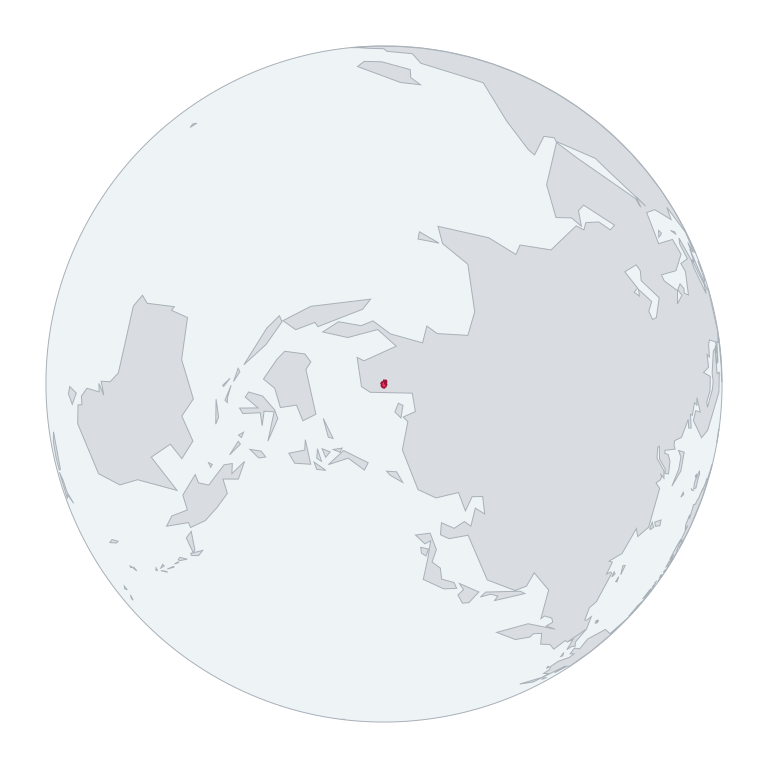 the Earth from above Attapu, rotated 119°
{"feature_id": "LAO-3294", "entity_name": "Attapu", "entity_type": "Province", "adm_level": 1, "iso_a3": "LAO", "parent_name": "Laos", "parent_adm1": "", "projection": "orthographic", "projection_center": [106.906, 14.792], "detail": "fine", "context": "on_globe", "style": "filled", "palette": "rose", "viewbox_px": 768, "rotation_deg": 119, "n_neighbors": 0, "source": "natural_earth", "source_scale": "10m", "svg_char_len": 11527}
<svg xmlns="http://www.w3.org/2000/svg" viewBox="0 0 768 768"><g transform="rotate(119 384 384)"><circle cx="384" cy="384" r="338" fill="#eef3f6" stroke="#a8b0b8"/><path d="M694.7,498.5L694.1,500.7L693.9,501.1L694.7,498.5ZM540.8,84.7L542.1,87.0L553.8,94.8L542.5,88.5L572.4,109.2L580.6,119.8L564.4,103.9L557.5,99.5L559.7,104.0L553.0,100.6L550.2,101.3L542.1,97.2L533.3,89.4L527.8,86.9L529.7,90.4L522.7,89.4L520.8,84.4L508.4,82.3L491.3,71.3L492.8,65.3L476.5,59.5L469.2,57.0L493.7,64.4L517.6,73.6L540.8,84.7ZM697.6,258.2L697.7,258.3L697.4,257.6L697.6,258.2ZM697.6,258.3L697.4,257.6L697.5,258.0L697.6,258.3ZM696.9,257.2L696.7,256.7L696.2,255.3L696.9,257.2ZM563.8,101.8L561.8,99.4L566.0,103.0L563.8,101.8ZM551.3,102.1L554.0,104.1L551.4,103.7L551.3,102.1ZM536.6,97.3L531.6,96.6L535.1,95.9L536.6,97.3ZM527.7,95.3L515.8,94.7L520.7,98.5L500.1,88.1L517.0,91.5L520.6,89.7L522.6,92.7L527.7,95.3ZM464.7,55.9L464.8,55.9L463.1,55.5L464.7,55.9ZM457.4,54.1L461.3,55.2L449.0,52.7L443.3,51.4L444.7,51.6L457.4,54.1ZM443.2,51.3L439.1,50.6L438.9,50.6L443.2,51.3ZM490.5,82.9L486.4,81.9L489.1,81.5L490.5,82.9ZM468.7,57.1L467.8,57.3L457.6,55.1L455.9,55.0L448.8,52.7L468.7,57.1ZM437.5,50.3L434.2,49.9L437.5,50.3ZM416.3,47.6L418.2,47.8L419.4,48.0L415.0,47.6L416.3,47.6ZM442.2,51.6L438.1,50.9L444.5,52.4L437.2,51.4L433.8,50.2L432.2,50.3L429.9,50.1L429.7,49.5L442.2,51.6ZM399.9,46.5L413.3,47.4L414.1,47.9L407.3,46.9L395.7,46.3L394.6,46.2L399.9,46.5ZM423.3,48.8L417.3,48.1L418.7,48.0L423.6,48.5L423.3,48.8ZM433.4,51.4L445.6,53.2L445.9,53.5L433.4,51.4ZM410.5,47.6L412.2,47.9L409.5,47.6L410.5,47.6ZM426.1,50.0L430.3,50.5L430.6,50.8L426.1,50.0ZM412.1,48.4L409.9,47.9L413.2,48.0L412.1,48.4ZM418.3,49.1L417.6,49.4L415.7,48.4L420.1,49.3L418.3,49.1ZM425.6,50.2L427.1,50.6L423.8,50.0L425.6,50.2ZM401.0,48.7L397.8,47.3L405.0,47.4L407.1,48.6L401.0,48.7ZM118.5,174.9L117.6,177.0L115.2,180.9L105.0,194.1L92.4,222.2L101.0,212.7L100.3,231.8L106.7,237.4L128.1,211.8L117.7,201.8L126.5,187.1L143.4,183.6L154.1,194.3L157.9,189.0L160.1,172.5L171.7,166.2L161.9,166.4L159.1,172.8L152.9,173.6L155.1,167.9L159.1,165.5L158.5,160.9L139.6,174.8L134.7,182.8L127.4,179.4L118.5,192.9L113.3,196.8L126.3,175.8L132.0,169.5L148.7,146.1L142.0,152.0L125.9,175.1L126.8,172.0L117.7,182.0L125.4,172.1L144.8,146.9L144.3,145.8L143.3,146.8L177.1,116.9L175.3,118.4L185.7,111.8L185.5,113.4L202.5,102.8L204.7,102.7L194.0,108.7L186.5,114.4L187.6,120.7L191.7,119.5L202.6,112.5L201.5,115.8L212.0,108.3L219.0,110.1L219.2,102.3L232.1,95.5L243.3,93.0L247.6,89.8L229.3,94.2L221.9,97.5L215.5,102.2L195.6,111.9L192.4,111.8L213.5,97.6L211.3,96.4L228.6,87.2L267.5,78.5L277.1,80.2L265.8,95.8L256.1,98.4L255.3,93.7L244.1,103.8L250.8,100.1L249.9,103.4L261.9,99.1L261.9,101.3L273.6,94.0L274.8,96.2L267.4,100.8L286.4,97.9L292.6,102.3L296.9,100.7L299.8,97.8L305.7,106.1L308.6,104.7L307.8,101.3L313.1,96.4L324.7,91.6L326.1,94.7L322.1,96.8L315.8,106.8L304.9,113.0L306.7,113.9L316.5,109.3L324.2,97.1L330.8,93.4L328.5,98.8L329.9,96.5L333.6,95.7L338.6,98.1L341.7,92.3L380.8,83.1L394.4,88.1L388.0,93.2L416.8,93.6L429.9,101.3L429.1,97.9L442.4,97.2L438.5,94.6L439.1,93.0L471.4,92.7L480.1,95.9L493.1,94.0L492.7,92.5L487.0,89.9L500.1,88.1L520.7,98.5L520.6,101.2L533.6,106.9L531.4,112.6L535.6,120.8L525.7,125.2L529.9,132.2L534.6,133.7L543.8,145.2L546.6,165.0L523.8,141.7L515.5,115.4L517.1,124.9L510.6,121.0L507.4,123.7L509.1,131.2L513.1,133.0L484.4,140.1L476.3,161.1L491.7,161.4L501.1,169.3L505.3,198.7L475.5,237.1L487.8,252.2L488.4,261.6L477.5,266.5L476.2,252.7L465.3,247.0L466.3,239.1L448.3,243.9L448.9,232.9L434.6,243.1L439.8,252.3L455.5,251.3L442.8,266.2L458.4,283.3L459.9,303.0L432.7,336.0L405.3,344.9L403.6,351.2L392.9,343.2L378.3,354.8L397.9,392.0L397.2,402.4L373.8,420.4L373.4,412.7L345.0,391.6L339.4,415.9L360.9,438.2L368.2,462.8L351.6,454.0L344.1,432.3L334.1,424.2L337.1,402.9L329.3,370.2L312.5,374.6L314.1,361.9L300.8,334.2L276.8,339.7L238.6,368.7L232.8,400.8L219.9,413.2L205.3,363.3L206.8,331.4L196.5,332.4L185.7,302.9L152.5,292.6L152.3,283.9L145.0,285.7L138.1,274.6L139.5,260.8L133.3,259.3L130.8,296.1L138.0,298.0L150.3,287.9L147.8,300.4L155.0,314.3L130.9,338.4L89.1,350.2L92.6,325.6L100.0,253.5L104.0,247.1L104.3,246.3L104.9,244.9L97.8,254.7L101.6,241.4L89.5,288.9L84.2,308.4L88.4,351.4L86.1,354.3L89.8,364.2L110.7,363.4L109.1,371.3L94.6,404.1L72.4,443.3L79.7,478.9L85.6,507.2L81.4,519.5L91.6,542.6L90.9,546.8L97.4,559.3L102.4,569.8L105.7,575.7L92.9,555.6L81.5,534.6L71.6,512.9L63.3,490.5L56.6,467.7L51.5,444.4L48.1,420.8L46.3,397.0L46.3,373.2L47.9,349.4L51.1,325.8L56.1,302.4L62.6,279.5L70.8,257.1L80.5,235.3L91.8,214.3L104.5,194.1L118.5,174.9ZM157.6,221.3L169.1,227.8L177.3,208.5L182.4,209.8L183.3,203.2L177.9,207.2L182.1,189.9L191.9,187.7L197.4,180.4L193.8,178.0L175.2,185.1L168.9,209.2L160.6,214.8L157.6,221.3ZM195.0,103.9L197.1,102.5L218.0,89.7L218.6,89.7L214.7,91.7L213.1,93.0L206.3,96.7L186.6,110.2L180.3,114.7L182.0,113.1L195.0,103.9ZM274.0,64.5L268.8,66.5L261.6,69.2L261.4,69.1L274.0,64.5ZM359.6,47.0L362.8,46.8L377.5,46.2L381.8,46.3L375.9,46.4L384.2,46.5L376.0,47.1L378.9,47.4L373.6,48.8L360.6,49.7L364.8,50.1L361.0,51.8L350.2,53.2L353.8,51.5L339.3,54.7L337.9,53.2L336.3,53.7L331.1,53.5L322.0,54.4L322.9,53.7L318.9,54.4L315.4,54.7L310.3,55.7L310.2,55.0L303.9,56.3L307.4,55.3L296.6,57.9L304.6,55.7L300.8,56.5L295.1,58.2L297.7,57.3L328.4,50.7L359.6,47.0ZM399.1,49.0L383.8,49.4L375.5,49.1L388.2,47.0L386.7,46.7L394.5,46.3L406.3,47.0L403.0,46.9L402.5,47.1L399.0,46.8L401.5,47.2L397.0,47.3L397.7,47.8L392.5,47.7L399.1,49.0ZM118.9,177.2L118.2,178.9L118.6,180.2L112.9,186.9L118.9,177.2ZM131.7,160.0L132.1,160.1L124.1,169.2L124.9,167.8L131.7,160.0ZM139.0,152.9L132.7,159.4L136.5,155.0L139.0,152.9ZM195.0,108.8L196.2,109.0L193.7,110.8L189.9,112.8L195.0,108.8ZM306.9,66.0L310.3,64.1L312.3,64.0L323.7,60.8L325.6,62.2L319.5,64.7L306.9,66.0ZM122.4,214.8L116.6,218.3L117.4,214.8L119.2,214.2L122.4,214.8ZM111.5,201.6L110.8,207.9L110.0,203.4L111.5,201.6ZM310.9,66.9L315.4,65.3L313.6,67.1L310.9,66.9ZM327.6,63.2L326.6,64.9L327.2,62.0L327.6,63.2ZM246.6,674.1L253.6,678.0L249.2,677.3L246.6,674.1ZM112.3,515.8L119.2,561.1L111.4,557.7L103.3,542.2L96.3,513.5L103.1,509.1L104.6,497.2L112.3,515.8ZM453.6,521.4L463.8,523.1L463.4,524.5L453.6,521.4ZM443.1,516.0L454.7,516.8L441.0,519.2L443.1,516.0ZM459.2,517.1L471.1,514.5L476.2,512.1L475.3,515.2L459.2,517.1ZM435.1,515.9L392.0,513.6L375.0,508.6L379.0,503.4L406.6,506.3L435.1,515.9ZM377.6,503.1L351.6,485.7L316.3,436.9L328.9,438.9L365.9,469.6L363.6,474.2L379.3,487.6L377.6,503.1ZM440.7,477.5L438.1,491.8L414.3,489.6L403.5,486.7L396.1,467.8L400.2,458.7L409.1,459.4L443.5,428.9L455.5,437.1L444.9,450.3L454.8,463.2L440.7,477.5ZM234.1,404.2L240.7,424.6L233.7,426.8L234.1,404.2ZM457.5,406.9L443.6,420.4L456.3,402.1L457.5,406.9ZM465.0,389.4L465.9,396.6L460.3,389.5L465.0,389.4ZM403.2,360.9L393.8,362.1L393.6,357.0L405.5,352.7L403.2,360.9ZM461.0,319.9L460.8,334.5L459.0,339.4L454.7,330.4L461.0,319.9ZM333.7,82.7L315.6,84.9L303.9,88.9L299.3,94.2L298.1,88.4L316.1,82.2L333.7,82.7ZM374.8,82.4L378.8,78.8L382.2,80.5L381.8,81.5L374.8,82.4ZM373.5,80.2L368.6,75.8L374.2,74.0L377.0,77.7L373.5,80.2ZM339.1,69.5L333.6,69.9L335.2,68.3L339.1,69.5ZM615.7,625.5L616.6,626.4L606.9,635.5L594.8,645.2L586.0,649.9L615.7,625.5ZM538.6,657.6L541.1,648.7L552.9,646.8L545.6,655.2L538.6,657.6ZM623.8,618.0L632.6,608.3L638.8,597.6L634.3,606.8L637.7,605.3L618.5,625.1L623.8,618.0ZM503.1,621.7L437.3,641.0L423.5,638.3L428.2,630.2L418.0,604.8L422.6,605.5L421.1,588.1L460.7,572.9L489.5,543.5L510.1,545.3L526.5,523.5L547.3,524.6L540.2,541.7L560.8,552.1L577.4,513.4L587.2,553.1L600.3,566.1L600.8,590.2L567.3,632.6L550.6,641.5L548.6,638.2L541.4,642.7L531.8,641.8L528.9,629.3L521.6,633.7L529.7,623.6L518.7,632.7L514.8,624.6L503.1,621.7ZM650.5,540.3L652.8,540.9L655.6,546.9L651.9,546.5L650.5,540.3ZM688.5,508.7L688.8,511.6L686.6,513.2L688.5,508.7ZM693.9,501.1L691.4,503.5L694.7,498.5L693.9,501.1ZM666.3,514.6L667.3,516.8L666.2,517.9L666.3,514.6ZM665.5,513.9L667.3,509.6L666.7,513.7L665.5,513.9ZM655.2,494.2L656.9,491.8L657.5,493.4L655.2,494.2ZM478.7,523.5L493.1,512.6L500.7,511.7L478.7,523.5ZM653.2,490.0L649.1,490.2L649.7,488.0L653.2,490.0ZM653.7,484.9L653.4,481.8L655.5,488.7L653.7,484.9ZM646.1,478.9L650.9,483.8L645.5,479.7L646.1,478.9ZM643.1,480.1L639.5,478.0L639.8,477.1L643.1,480.1ZM600.0,487.8L613.8,505.2L602.3,505.6L589.5,494.9L578.7,506.1L554.7,505.2L560.4,498.4L557.4,488.3L532.2,484.7L527.1,478.1L536.2,473.6L519.3,468.4L537.8,465.3L545.2,478.8L555.6,468.0L573.2,470.2L590.1,474.1L603.3,483.6L600.0,487.8ZM537.6,495.2L540.8,495.2L537.9,499.3L537.6,495.2ZM632.6,471.2L637.8,477.3L637.1,479.0L634.5,478.3L632.6,471.2ZM606.4,481.1L620.8,469.0L624.1,468.9L614.5,482.3L606.4,481.1ZM617.4,461.9L624.0,463.0L627.3,469.1L625.9,471.0L617.4,461.9ZM499.9,482.7L499.2,486.5L494.3,483.5L499.9,482.7ZM506.2,480.5L520.8,484.7L504.8,483.7L506.2,480.5ZM461.6,466.6L465.9,475.7L479.6,470.3L469.1,478.3L478.3,493.2L475.1,498.7L466.0,482.6L462.7,499.0L456.6,498.5L453.4,484.3L459.6,467.2L465.6,460.2L490.3,457.8L461.6,466.6ZM506.2,469.6L502.3,459.0L505.2,452.1L509.4,457.6L506.2,469.6ZM490.7,433.7L480.2,421.3L470.9,425.8L489.7,409.2L496.6,423.7L490.7,433.7ZM481.6,406.8L472.9,410.8L481.9,401.2L481.6,406.8ZM470.6,406.7L469.5,398.2L476.4,399.5L470.6,406.7ZM486.2,407.3L487.7,393.0L491.3,401.5L486.2,407.3ZM466.2,379.3L481.4,393.5L461.8,387.1L460.5,359.7L468.8,359.4L466.2,379.3ZM509.1,272.7L506.8,265.2L514.1,263.8L513.7,269.2L509.1,272.7ZM535.9,254.9L515.3,261.1L498.5,267.2L504.0,270.8L500.8,283.2L492.1,271.3L503.5,257.9L516.4,255.7L517.7,245.5L526.7,239.0L523.7,226.5L527.5,221.4L534.2,232.4L535.9,254.9ZM521.9,221.3L519.9,200.2L534.1,203.8L537.7,209.2L532.6,217.1L525.4,214.7L521.9,221.3ZM523.6,196.4L516.7,194.2L499.2,164.4L499.0,159.2L519.8,182.3L514.3,181.6L516.1,188.8L523.6,196.4ZM488.0,83.6L486.5,82.1L490.2,83.6L488.0,83.6ZM436.6,91.7L438.1,89.8L442.3,91.2L436.6,91.7ZM444.5,85.6L438.7,85.3L444.2,84.3L444.5,85.6ZM425.8,85.1L436.1,84.5L427.1,87.0L425.8,85.1Z" fill="#d9dde1" stroke="#a8b0b8" stroke-width="1"/><path d="M387.4,382.5L387.2,382.6L387.1,382.8L387.1,383.0L387.3,383.1L387.7,383.4L387.7,383.5L387.4,383.8L387.4,384.0L387.4,384.3L387.5,384.4L387.5,384.5L387.4,384.6L387.2,384.9L387.1,385.1L387.0,385.3L386.9,385.5L386.7,385.4L386.4,385.3L386.3,385.1L386.2,385.1L386.0,385.4L385.9,385.4L385.9,385.5L385.7,385.8L385.7,385.7L385.5,385.8L385.4,386.0L385.1,386.3L384.9,386.3L384.9,386.2L384.7,386.1L384.5,386.3L384.4,386.5L384.2,386.8L384.0,386.7L383.9,386.7L383.6,386.9L383.4,386.8L383.2,386.6L383.0,386.3L383.0,386.2L382.9,386.2L382.5,386.0L382.4,386.0L382.3,385.9L382.2,385.7L381.9,385.6L381.9,385.4L381.8,385.2L381.6,385.3L381.5,385.5L381.4,385.6L381.3,385.8L381.2,385.9L381.1,386.0L380.8,386.0L380.8,385.9L380.8,385.7L380.7,385.4L380.5,385.2L380.3,384.7L380.2,384.6L379.9,384.4L379.8,384.2L379.8,383.8L380.1,383.4L380.3,383.2L380.6,383.0L380.7,382.8L380.8,382.7L381.0,382.7L381.1,382.8L381.2,383.0L381.3,383.0L381.4,382.9L381.6,382.9L381.7,383.0L381.6,383.3L381.6,383.5L381.6,383.8L381.9,384.0L382.0,384.0L382.3,384.1L382.6,384.1L382.8,384.0L382.9,383.9L382.9,383.7L383.0,383.6L383.1,383.4L383.4,383.4L383.5,383.4L383.4,383.2L383.5,383.0L383.5,382.7L383.5,382.4L383.4,382.3L383.3,382.2L383.2,382.0L382.9,382.1L382.7,382.0L382.9,381.9L383.0,381.7L383.2,381.4L383.3,381.3L383.5,381.2L383.7,381.3L383.9,381.4L384.0,381.4L384.4,381.3L384.5,381.3L384.8,381.3L385.0,381.3L385.1,381.2L385.5,381.1L385.9,381.3L386.0,381.4L386.1,381.5L386.3,381.7L386.5,381.8L386.8,381.8L386.9,381.7L387.2,381.7L387.3,382.0L387.5,382.3L387.4,382.4L387.4,382.5L387.4,382.5Z" fill="#f43f5e" stroke="#9f1239" stroke-width="1.5"/></g></svg>